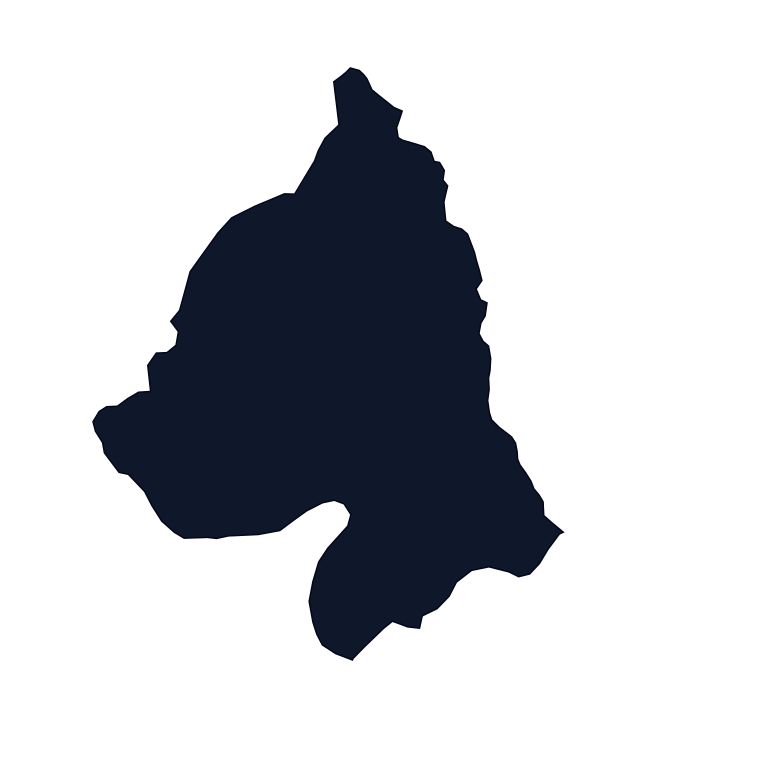 outline of Pasir Mas, Kelantan, Malaysia, rotated 121°
{"feature_id": "92858781B75737561234517", "entity_name": "Pasir Mas", "entity_type": "district", "adm_level": 2, "iso_a3": "MYS", "parent_name": "Malaysia", "parent_adm1": "Kelantan", "projection": "orthographic", "projection_center": [102.076, 6.021], "detail": "fine", "context": "isolated", "style": "filled", "palette": "ink", "viewbox_px": 768, "rotation_deg": 121, "n_neighbors": 0, "source": "geoboundaries", "source_scale": "gbopen_adm2", "svg_char_len": 1875}
<svg xmlns="http://www.w3.org/2000/svg" viewBox="0 0 768 768"><g transform="rotate(121 384 384)"><path d="M418.7,154.0L416.4,169.1L414.5,179.3L406.9,184.4L403.1,186.9L399.3,193.9L396.7,201.5L391.7,207.9L387.2,216.8L383.4,225.7L379.6,230.8L373.2,235.2L366.9,240.9L363.7,247.3L361.8,263.2L359.3,273.3L354.2,279.0L344.7,286.7L334.5,291.1L325.0,297.5L318.0,300.0L307.2,305.7L297.6,314.0L296.4,321.0L291.9,328.6L281.8,332.4L273.5,332.4L261.4,337.5L262.1,344.5L255.1,354.0L244.9,353.4L237.3,361.0L230.9,368.0L224.6,374.3L212.5,389.6L211.2,397.2L213.1,405.4L212.5,415.0L204.9,420.7L197.2,426.4L189.6,428.9L181.4,431.5L178.8,438.5L169.9,442.3L165.5,450.5L167.4,455.6L161.0,463.2L159.8,471.5L162.3,481.7L165.5,493.7L165.5,498.8L157.8,505.2L148.9,507.1L140.7,509.0L141.9,517.9L139.4,536.9L138.1,545.8L131.1,556.0L129.2,561.1L128.0,566.8L130.5,575.7L136.2,577.0L143.2,579.5L146.3,580.8L150.8,582.7L185.1,556.0L203.6,561.1L217.6,560.5L228.6,558.4L267.3,558.4L272.3,567.3L298.1,586.2L319.9,600.1L339.8,604.1L362.6,606.0L387.5,608.0L408.3,602.1L426.2,597.1L440.1,599.1L445.0,587.2L457.9,582.2L468.9,586.2L474.8,595.1L489.7,596.1L510.6,580.2L517.5,590.2L528.4,596.1L540.4,601.1L546.3,610.0L554.3,614.0L566.2,614.0L571.6,608.5L573.1,607.0L579.1,595.1L587.0,588.2L596.2,565.6L593.1,556.7L599.4,533.8L607.7,520.4L616.0,503.9L619.1,487.4L619.1,476.0L606.4,456.3L602.6,448.0L594.3,439.1L577.8,414.3L563.2,397.8L546.0,390.8L532.7,385.1L517.5,375.6L509.2,366.7L507.3,356.5L513.0,345.1L524.4,341.9L553.7,347.6L570.2,348.3L589.9,343.2L608.9,336.2L624.8,322.2L633.1,312.7L639.4,302.5L640.0,286.6L636.7,268.2L636.6,269.5L619.7,265.5L593.9,258.6L583.0,254.6L580.0,238.7L575.0,227.8L563.1,231.8L549.2,222.8L532.4,218.9L516.5,219.9L498.6,212.9L486.7,200.0L480.7,180.2L479.8,169.3L471.8,161.3L457.9,158.3L441.0,158.3L422.2,156.4L418.7,154.0Z" fill="#0f172a" stroke="#020617" stroke-width="1.5"/></g></svg>